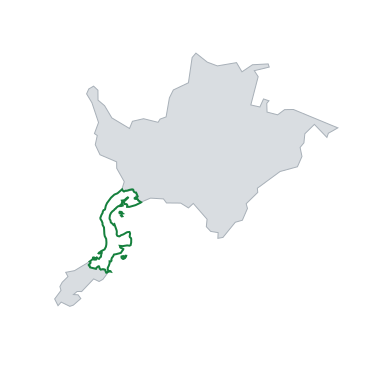 Panama highlighted among its neighbors, rotated 284°
{"feature_id": "PAN", "entity_name": "Panama", "entity_type": "country or territory", "adm_level": 0, "iso_a3": "PAN", "parent_name": "North America", "parent_adm1": "", "projection": "mercator", "projection_center": [-80.239, 8.409], "detail": "fine", "context": "with_neighbors", "style": "outline", "palette": "green", "viewbox_px": 384, "rotation_deg": 284, "n_neighbors": 2, "source": "natural_earth", "source_scale": "50m", "svg_char_len": 4411}
<svg xmlns="http://www.w3.org/2000/svg" viewBox="0 0 384 384"><g transform="rotate(284 192 192)"><path d="M334.7,234.9L331.9,236.7L324.8,223.1L319.9,228.3L290.7,228.0L290.9,237.3L299.6,238.9L299.1,244.6L296.1,243.1L287.7,245.5L287.6,256.4L294.3,261.9L296.6,270.4L289.5,318.0L282.0,310.1L277.6,309.7L287.2,294.4L275.8,287.4L266.8,288.7L261.4,286.1L253.1,290.1L242.0,288.2L233.2,272.5L211.5,254.5L207.5,255.9L193.7,247.4L189.5,249.8L176.8,247.7L173.1,241.3L155.4,233.0L153.3,228.3L158.9,227.2L158.3,219.7L161.8,214.3L169.2,213.2L181.2,196.0L175.7,192.4L178.5,183.7L175.2,169.9L178.4,166.0L176.0,153.2L170.0,145.2L171.9,137.9L176.7,138.9L179.5,134.5L176.0,125.5L177.9,123.3L185.6,123.8L196.8,113.2L203.0,111.6L205.9,93.7L214.5,86.7L223.9,86.4L225.1,83.2L236.8,84.5L254.4,73.3L261.7,66.0L267.0,66.9L270.9,70.9L268.0,76.1L258.4,78.6L254.6,86.3L244.5,96.3L238.5,116.0L246.2,117.1L251.4,127.3L251.4,142.2L255.0,143.4L258.6,148.7L277.9,147.3L286.5,149.2L297.1,162.1L322.5,159.6L327.7,162.2L321.7,175.4L320.5,186.1L328.3,203.9L320.7,211.4L330.1,219.9L334.7,234.9Z" fill="#d9dde1" stroke="#a8b0b8" stroke-width="1"/><path d="M100.1,109.8L94.3,111.1L94.4,117.2L97.5,119.5L95.3,121.3L93.8,130.1L85.7,126.7L82.7,123.5L83.9,117.6L68.7,109.0L67.7,104.6L63.8,101.8L64.7,106.3L61.7,109.9L53.5,104.2L51.5,101.1L53.5,91.7L49.3,89.5L55.0,84.6L64.8,88.7L68.3,86.7L73.0,87.9L79.9,92.1L83.5,88.9L87.3,97.1L100.1,109.8Z" fill="#d9dde1" stroke="#a8b0b8" stroke-width="1"/><path d="M177.6,123.5L177.3,123.7L176.4,124.9L176.0,125.9L177.1,127.0L177.4,128.2L178.0,129.4L178.9,130.7L180.0,133.0L180.2,133.9L179.9,134.5L178.9,134.9L178.0,135.9L177.7,137.3L177.9,137.9L175.1,140.0L174.4,140.4L173.9,140.1L173.3,139.0L172.6,138.1L172.2,137.8L171.7,138.0L171.6,138.5L172.0,140.5L171.7,141.3L170.8,141.9L169.7,145.1L169.2,144.7L165.6,140.4L162.5,135.0L161.9,132.6L162.7,132.4L163.5,132.5L163.9,132.1L164.4,131.4L164.0,129.7L165.5,128.5L166.1,127.6L166.5,127.7L167.5,129.2L168.9,130.0L170.7,131.2L171.8,131.5L170.4,130.2L168.0,128.6L167.3,127.5L166.7,126.0L165.8,126.6L165.3,127.2L164.8,127.5L164.4,127.1L164.3,126.6L162.9,126.5L162.6,126.1L162.2,125.8L162.4,126.8L162.7,127.4L162.5,128.1L162.0,128.1L161.7,127.4L161.2,126.7L160.5,124.0L158.9,122.7L158.2,122.2L157.6,122.1L156.7,121.2L155.5,120.7L153.9,119.4L151.9,118.4L149.5,118.0L146.6,118.3L145.6,118.8L145.0,119.5L144.6,119.8L142.9,120.6L142.3,121.7L141.9,122.7L141.0,123.8L142.0,124.5L136.4,128.2L135.2,128.7L132.7,129.1L132.1,129.5L131.4,130.2L131.3,131.4L131.4,132.3L132.1,133.0L132.8,133.5L134.3,135.7L137.1,138.5L137.6,139.5L138.1,141.0L137.2,141.7L136.6,142.0L133.9,142.2L133.0,142.8L132.7,143.7L131.7,144.4L128.3,145.2L125.6,145.3L124.8,144.4L124.5,142.0L122.7,137.8L122.3,135.0L121.9,135.3L120.9,135.7L120.6,136.4L120.3,138.5L120.0,139.2L119.3,139.1L117.7,138.4L115.7,137.7L113.2,133.2L112.9,132.4L112.4,131.4L110.4,131.0L108.7,130.2L106.9,130.1L105.9,130.5L104.9,130.0L104.8,128.8L102.8,129.3L100.4,129.1L98.1,128.6L96.6,128.9L95.3,129.8L95.5,132.0L95.1,132.4L95.1,131.5L94.6,130.5L94.1,129.6L93.0,128.7L92.9,128.4L93.4,127.9L95.4,126.6L95.7,126.1L95.7,124.9L95.5,123.9L94.6,122.3L95.1,121.3L96.1,120.5L97.2,119.9L97.4,119.6L97.2,119.1L96.6,118.5L95.1,117.5L94.2,117.4L94.2,114.6L94.2,111.5L94.5,111.2L95.0,111.0L95.4,110.6L95.7,109.7L96.3,109.4L97.5,110.1L98.7,110.7L99.2,110.5L99.5,110.2L99.8,109.9L99.9,109.6L100.8,110.4L102.8,111.8L102.9,112.5L102.7,113.2L103.2,115.2L104.2,115.5L105.2,115.1L105.5,115.4L105.3,115.8L104.8,116.2L104.6,117.9L106.3,118.6L107.1,119.3L109.9,119.0L110.9,119.2L111.6,119.0L110.8,117.7L109.8,116.7L109.9,116.2L110.7,116.5L111.3,117.2L112.6,118.1L115.1,121.0L118.0,121.7L120.2,121.6L122.3,121.2L125.7,120.1L128.1,118.0L130.1,117.1L136.3,115.2L138.6,113.1L139.5,112.9L140.4,112.6L142.4,111.1L143.4,109.9L144.6,109.3L147.9,109.7L150.0,110.3L151.5,110.2L153.0,110.6L153.6,111.5L154.2,111.8L157.7,111.7L160.6,112.2L166.9,114.8L170.7,117.3L172.7,120.0L177.6,123.5ZM114.2,143.6L113.4,143.6L111.7,143.0L110.5,141.7L110.4,141.3L110.4,140.9L111.1,139.6L112.0,139.2L112.4,139.2L113.2,140.7L112.6,141.3L112.9,142.2L114.1,142.8L114.2,143.6ZM154.7,129.3L154.4,130.0L153.7,128.5L153.8,128.2L153.8,126.9L154.5,126.5L155.0,126.5L155.4,126.7L155.6,128.2L155.4,128.9L154.7,129.3ZM104.8,112.6L104.6,113.3L103.5,112.0L104.2,111.8L104.4,111.8L104.8,112.6ZM152.2,129.6L151.6,130.3L151.3,129.7L151.8,129.0L152.2,129.6Z" fill="none" stroke="#15803d" stroke-width="2"/></g></svg>